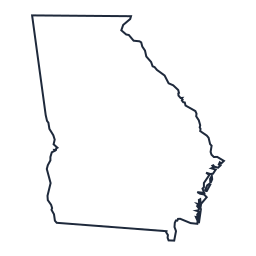 an SVG outline of Georgia
{"feature_id": "USA-3543", "entity_name": "Georgia", "entity_type": "State", "adm_level": 1, "iso_a3": "USA", "parent_name": "United States of America", "parent_adm1": "", "projection": "albers", "projection_center": [-82.629, 32.682], "detail": "medium", "context": "isolated", "style": "outline", "palette": "slate", "viewbox_px": 256, "rotation_deg": 0, "n_neighbors": 0, "source": "natural_earth", "source_scale": "10m", "svg_char_len": 1863}
<svg xmlns="http://www.w3.org/2000/svg" viewBox="0 0 256 256"><path d="M217.2,156.9L223.9,160.9L221.2,163.5L219.8,162.3L218.8,164.5L220.4,165.5L218.1,167.7L214.2,166.6L213.3,165.3L212.4,165.7L213.6,167.3L211.4,168.3L215.7,169.6L213.0,173.7L210.3,174.0L206.1,172.7L209.3,175.0L203.9,183.0L203.9,187.2L202.5,188.6L204.2,192.9L197.3,192.1L200.0,193.7L204.1,194.5L206.7,197.2L201.8,203.0L200.5,202.6L200.2,199.2L198.9,199.9L199.1,204.2L197.3,203.8L200.0,206.3L201.1,204.0L200.3,208.6L196.6,205.4L199.2,208.8L198.3,210.3L196.4,210.7L199.2,211.6L197.2,214.5L197.6,217.3L195.9,217.0L197.6,220.9L197.3,223.8L190.6,223.1L180.2,218.8L178.0,218.9L177.3,220.6L175.9,220.5L174.8,222.8L174.5,227.0L176.0,231.1L174.2,240.6L168.6,240.4L167.6,237.8L167.9,235.0L166.2,232.4L166.5,231.2L56.7,222.8L54.9,220.7L54.0,214.3L51.5,209.8L52.1,208.1L51.1,204.8L47.8,200.1L47.5,195.8L50.6,183.1L46.8,169.0L47.8,165.2L50.4,160.4L50.4,157.0L51.8,152.3L54.8,150.8L54.3,149.9L56.0,149.9L56.2,148.4L57.4,147.7L53.6,144.3L54.7,139.6L53.3,135.2L49.4,128.9L48.4,122.7L47.0,120.8L45.7,115.1L32.1,15.4L131.0,16.2L130.2,19.0L123.2,24.9L121.3,30.3L126.2,34.5L128.8,35.0L133.6,40.7L139.5,41.3L141.2,42.4L142.3,46.6L145.0,50.6L146.3,56.5L151.1,62.0L152.6,66.3L154.6,67.1L156.9,69.9L164.6,75.5L168.6,83.3L173.2,85.3L178.2,90.0L179.0,92.9L178.3,93.4L178.5,95.6L180.6,98.0L182.1,97.9L181.6,98.5L182.6,99.6L181.9,100.5L183.2,102.2L184.8,102.5L185.5,105.5L195.4,111.1L196.5,113.7L196.2,116.3L198.8,120.3L200.2,125.3L199.7,127.4L200.5,128.8L200.2,131.1L206.8,135.6L208.6,137.8L210.1,144.1L211.6,145.7L210.6,151.9L211.5,154.7L213.9,157.0L217.2,156.9ZM207.2,185.3L209.2,183.9L210.3,184.5L206.8,191.0L206.1,191.1L205.2,189.9L207.2,185.3ZM198.9,223.2L198.0,214.5L200.6,211.3L198.9,223.2ZM210.1,178.9L211.8,175.9L212.2,179.2L210.9,182.2L210.3,182.1L210.1,178.9Z" fill="none" stroke="#1e293b" stroke-width="2"/></svg>